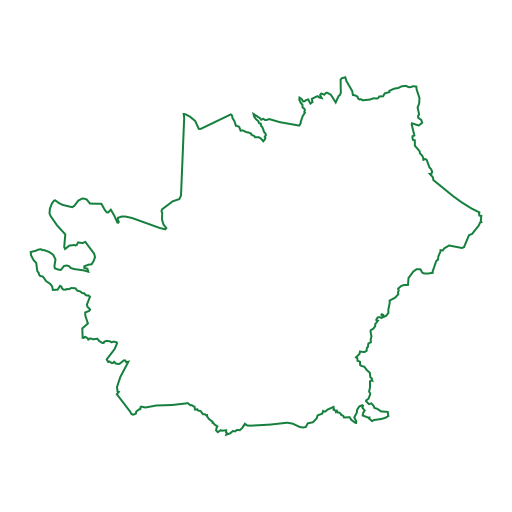 outline of Mambasa, Orientale, Democratic Republic of the Congo
{"feature_id": "63176286B5401694360976", "entity_name": "Mambasa", "entity_type": "district", "adm_level": 2, "iso_a3": "COD", "parent_name": "Democratic Republic of the Congo", "parent_adm1": "Orientale", "projection": "mercator", "projection_center": [28.693, 1.532], "detail": "fine", "context": "isolated", "style": "outline", "palette": "green", "viewbox_px": 512, "rotation_deg": 0, "n_neighbors": 0, "source": "geoboundaries", "source_scale": "gbopen_adm2", "svg_char_len": 5966}
<svg xmlns="http://www.w3.org/2000/svg" viewBox="0 0 512 512"><path d="M131.5,414.1L133.2,414.7L135.9,413.5L136.3,411.5L139.2,409.3L140.3,409.2L140.6,407.0L141.3,406.6L145.3,407.5L156.4,405.5L172.2,405.0L187.9,403.2L190.4,405.3L191.5,405.1L194.6,406.8L195.0,409.6L197.3,409.3L197.6,410.3L200.7,411.2L203.0,414.2L205.0,414.3L206.4,415.5L207.1,415.2L207.2,416.7L209.3,419.3L212.5,421.7L212.5,422.8L213.4,423.0L214.4,424.4L217.4,426.4L216.6,427.6L216.1,430.3L217.8,432.2L220.7,430.2L221.7,430.7L226.2,430.3L226.1,432.4L226.9,433.1L226.3,434.7L230.3,433.3L232.8,431.0L235.1,431.4L237.0,429.9L239.8,430.2L242.4,427.8L243.7,425.4L244.3,425.4L244.9,423.8L247.3,425.5L250.1,425.7L270.1,424.6L287.3,422.7L292.8,423.7L299.8,427.0L303.3,427.5L305.8,427.0L307.8,423.3L312.9,422.3L316.7,418.3L317.6,415.4L322.3,413.6L323.1,411.0L324.2,411.6L325.6,411.4L327.4,409.7L333.5,406.9L333.9,408.9L333.5,409.6L335.4,410.6L336.0,412.0L336.9,410.8L337.8,412.5L339.1,412.6L340.7,413.7L340.9,414.6L343.4,416.0L344.0,417.5L349.6,417.2L351.3,419.9L355.3,422.8L356.1,422.9L356.3,421.5L354.3,417.3L356.9,412.4L357.1,409.8L359.3,406.4L362.2,405.2L363.0,405.6L362.3,407.5L364.7,410.6L363.3,412.6L362.7,415.5L368.2,417.6L369.4,417.5L369.2,418.6L372.1,421.1L374.0,420.0L381.3,419.0L385.4,417.8L388.4,416.0L387.7,411.9L381.0,411.4L377.4,408.9L374.4,407.9L373.5,405.7L371.3,403.4L368.8,404.1L366.0,401.1L366.1,400.5L368.5,398.7L370.1,394.6L370.2,393.4L369.1,391.6L370.0,387.4L370.0,381.3L371.4,380.3L372.3,380.7L371.7,378.3L370.4,377.3L369.8,372.7L366.9,370.2L364.3,366.7L361.5,366.0L360.1,365.0L360.0,361.8L357.5,360.7L357.3,358.1L356.0,357.4L359.6,353.7L360.0,351.5L364.3,352.1L366.6,350.8L366.9,347.8L367.9,347.0L368.4,343.5L370.9,342.2L370.7,339.4L371.5,336.5L370.5,331.4L370.8,330.2L373.3,328.7L375.2,326.2L375.2,324.2L377.9,320.7L376.4,320.2L376.3,319.7L377.6,317.5L379.7,317.1L381.4,318.0L382.7,317.3L383.1,316.7L381.4,314.8L381.7,314.3L383.3,314.9L384.1,316.7L386.0,316.0L388.4,312.9L388.3,309.9L389.7,303.0L389.6,300.6L395.2,297.6L398.3,294.2L398.0,292.4L398.7,290.5L398.1,288.7L401.0,286.1L403.6,285.1L408.0,284.9L408.5,278.0L413.2,271.7L416.5,269.2L420.4,269.3L422.1,272.4L423.7,273.4L427.5,273.6L432.7,272.8L432.6,271.6L436.0,261.7L436.7,260.5L438.0,259.7L438.3,256.5L440.5,251.4L440.5,250.2L442.8,250.4L444.2,248.4L449.1,245.5L462.0,248.0L464.0,247.1L469.0,235.2L472.1,233.9L478.7,225.6L480.2,222.4L481.3,222.1L480.8,221.2L481.3,215.9L479.4,215.6L479.0,213.7L479.4,212.4L471.7,208.6L461.3,202.1L452.8,195.9L433.4,180.1L432.8,177.2L429.8,173.9L431.5,173.7L432.2,171.7L430.9,168.9L429.5,167.5L426.7,159.9L425.2,159.0L423.4,159.8L423.1,157.6L422.1,155.5L419.9,153.3L419.6,151.2L414.9,145.8L414.8,140.3L413.0,139.9L412.4,137.9L412.5,136.2L414.4,135.5L411.7,124.6L412.0,123.3L418.7,125.5L422.2,122.8L421.3,120.0L418.3,117.8L418.0,116.0L419.1,114.5L417.6,107.4L419.1,103.8L419.5,98.2L416.7,89.7L416.3,86.6L413.1,86.2L410.8,87.1L408.4,87.1L406.2,85.9L401.7,86.3L398.0,88.1L394.3,88.6L389.4,90.8L389.4,92.1L384.7,93.4L383.1,96.3L379.2,96.5L378.3,97.9L377.2,98.5L373.5,98.3L369.7,99.6L362.7,100.3L360.9,99.2L359.6,99.5L358.0,98.4L357.5,96.6L354.9,95.3L352.9,95.0L352.2,91.0L346.3,80.8L345.3,77.3L341.6,78.3L340.6,79.8L340.8,92.9L340.0,94.9L338.5,96.2L335.7,102.5L330.9,94.8L327.2,92.7L325.9,93.0L324.3,94.7L321.3,93.5L320.1,95.0L321.7,98.1L319.3,97.5L317.5,96.1L311.8,98.9L312.5,102.0L310.4,103.6L308.2,99.4L305.7,100.3L304.6,101.3L303.1,101.5L301.7,99.1L299.5,97.6L299.3,99.7L300.9,103.2L302.4,104.6L302.6,107.5L304.5,108.9L304.9,110.3L304.3,111.9L304.9,112.7L302.7,116.1L300.7,121.9L300.8,122.9L299.3,125.6L279.6,122.1L269.3,119.1L266.3,120.0L265.0,120.0L263.4,118.8L261.2,119.7L259.9,118.1L253.5,114.0L254.1,116.5L255.9,119.1L258.5,121.4L259.1,123.2L260.8,123.7L261.2,126.1L262.3,127.0L264.2,132.3L265.4,133.3L265.9,135.0L264.7,136.9L265.4,137.8L265.1,139.0L263.3,141.3L260.9,138.5L258.7,137.2L255.1,137.3L254.4,136.1L251.4,134.7L251.1,133.6L248.5,132.5L246.8,132.3L242.4,130.3L240.6,130.7L239.2,126.9L236.7,125.7L235.9,125.8L234.4,121.0L232.5,118.1L232.1,115.7L230.8,114.4L200.7,128.9L198.8,128.9L195.2,121.0L189.9,116.6L185.2,114.2L183.7,114.0L184.2,117.8L181.0,195.6L179.3,199.1L172.7,201.3L162.0,209.4L161.5,211.3L162.2,212.8L162.0,219.6L163.5,224.5L166.3,228.1L165.2,229.3L160.1,228.1L132.0,218.0L125.1,216.5L121.7,216.5L118.0,217.8L117.7,220.6L118.8,221.7L118.2,222.7L117.4,222.6L114.2,215.5L110.8,209.7L108.2,212.4L106.8,212.4L104.9,210.1L101.4,203.8L90.0,203.6L86.6,199.4L84.2,198.7L82.3,198.5L78.3,200.6L74.3,205.9L72.2,207.2L62.6,204.9L58.8,203.0L55.1,200.3L53.9,200.8L51.8,203.7L49.9,208.8L49.5,213.4L50.7,216.2L57.0,225.3L65.3,234.4L64.2,246.9L65.1,249.0L69.3,245.6L74.3,245.0L75.6,245.5L76.7,245.0L78.1,242.4L82.4,243.1L85.3,241.9L94.2,253.8L95.0,257.2L93.7,260.9L91.5,264.4L88.7,264.6L84.3,266.3L84.3,267.9L87.4,268.7L88.3,271.7L84.3,270.5L73.9,269.0L70.8,268.0L68.9,266.1L66.6,265.5L64.0,266.0L60.9,269.9L59.1,269.8L54.9,268.4L54.4,266.1L55.5,259.4L53.2,254.8L49.2,252.0L44.4,250.2L42.3,250.1L40.9,249.2L38.1,249.7L35.4,250.9L30.7,252.0L31.1,255.4L33.5,260.0L36.2,262.9L37.3,271.1L38.7,272.9L39.1,274.7L40.1,275.9L42.9,276.6L46.1,281.1L50.2,283.9L52.2,286.4L52.8,289.9L57.6,289.7L60.0,285.9L61.4,286.6L61.9,288.4L63.6,289.7L65.8,289.7L66.7,289.0L69.0,289.2L71.3,288.0L75.4,288.3L77.4,290.7L80.1,291.4L82.4,293.1L84.3,293.3L85.2,294.6L86.9,295.6L88.4,295.4L90.0,296.7L86.9,304.6L87.4,306.7L90.1,309.5L89.2,310.9L85.2,312.5L85.3,315.5L87.9,323.5L82.3,328.4L82.6,337.8L83.6,338.0L84.8,336.9L85.4,336.9L87.6,338.3L88.3,339.6L90.0,338.4L93.5,339.3L97.3,338.7L99.3,341.1L102.4,343.0L103.7,342.9L104.2,341.8L106.3,340.9L109.9,341.3L111.5,342.3L113.7,341.6L116.6,342.3L117.0,343.4L114.6,349.1L106.7,359.4L108.2,362.0L109.3,361.5L111.9,363.1L112.9,363.0L114.1,361.8L115.8,363.6L118.7,364.0L119.6,363.8L123.8,360.4L125.1,360.4L126.2,362.1L128.4,361.7L120.3,377.0L117.0,387.0L117.5,391.3L118.8,391.9L116.8,394.2L130.2,411.7L131.5,414.1Z" fill="none" stroke="#15803d" stroke-width="2"/></svg>